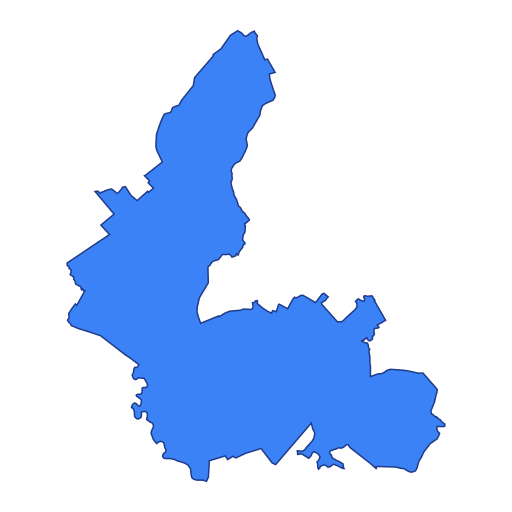 the district of Sebis, Arad, Romania
{"feature_id": "2599482B59578062471496", "entity_name": "Sebis", "entity_type": "district", "adm_level": 2, "iso_a3": "ROU", "parent_name": "Romania", "parent_adm1": "Arad", "projection": "albers", "projection_center": [22.139, 46.413], "detail": "fine", "context": "isolated", "style": "filled", "palette": "blue", "viewbox_px": 512, "rotation_deg": 0, "n_neighbors": 0, "source": "geoboundaries", "source_scale": "gbopen_adm2", "svg_char_len": 6068}
<svg xmlns="http://www.w3.org/2000/svg" viewBox="0 0 512 512"><path d="M328.9,467.1L331.1,466.1L333.0,464.3L334.3,464.5L338.8,466.3L340.3,467.4L341.9,467.7L342.4,468.4L344.0,468.5L343.4,467.6L343.5,466.4L343.2,465.8L343.0,463.9L338.6,461.2L336.4,460.4L334.6,459.1L333.0,458.7L331.6,456.3L331.5,455.0L330.4,454.5L329.8,453.1L329.8,451.7L330.5,450.9L331.3,450.4L332.7,450.2L333.8,449.4L335.7,449.2L338.7,447.7L340.4,448.1L342.1,448.0L344.4,446.6L346.6,444.7L348.3,444.8L349.8,447.4L369.8,463.0L376.7,469.0L375.6,466.9L377.7,466.5L395.3,467.0L401.8,468.5L403.8,468.5L407.8,471.0L410.1,472.0L411.5,472.1L413.1,471.8L415.4,470.9L416.8,468.5L418.9,461.2L421.3,457.4L423.8,452.0L430.1,443.8L437.1,438.8L438.4,436.5L439.6,433.4L437.4,431.0L437.0,429.4L436.9,426.4L443.7,426.6L444.8,426.0L444.9,424.2L441.3,421.4L440.5,419.9L438.7,419.0L437.7,417.7L436.8,417.3L436.3,416.7L435.1,416.6L432.8,414.5L431.8,414.2L430.8,411.2L434.5,402.0L435.9,395.5L436.9,392.5L437.3,389.5L423.0,373.1L418.5,373.2L408.6,371.0L403.0,370.2L390.5,369.3L386.7,370.4L384.4,372.3L381.2,373.7L378.0,373.9L370.4,376.6L370.5,366.2L369.9,363.6L369.9,357.0L368.9,351.1L369.8,349.5L368.5,347.7L368.3,345.6L367.9,344.1L367.2,343.0L364.9,342.7L361.8,341.3L362.2,340.3L363.8,340.3L364.6,339.0L365.3,338.9L366.2,337.8L367.0,337.8L367.3,339.2L369.1,340.8L370.0,340.9L371.8,339.7L372.6,338.6L372.3,336.8L374.1,334.9L374.4,333.1L374.0,332.2L374.0,329.2L375.4,328.3L377.9,328.1L379.0,327.2L377.2,325.1L385.6,320.3L374.2,300.4L374.8,300.1L371.9,295.8L367.2,296.3L365.8,295.8L364.5,295.8L363.8,296.2L363.7,296.7L364.4,298.6L364.8,299.0L364.0,301.2L361.9,300.8L360.3,300.1L358.8,299.1L357.8,299.0L355.5,301.4L356.5,302.7L356.9,304.0L357.0,305.9L357.0,306.7L355.2,309.5L346.5,317.4L343.7,320.2L341.7,321.7L339.0,321.7L337.6,322.0L321.8,304.3L321.4,302.8L325.2,300.6L327.0,298.1L328.2,296.9L324.0,293.3L322.2,293.9L315.6,302.6L303.0,295.3L300.8,295.4L298.4,296.9L295.8,297.9L294.6,297.2L292.9,299.0L287.7,308.7L279.2,304.2L278.6,304.4L276.3,311.8L273.6,310.7L272.7,310.7L271.4,313.1L267.6,311.3L263.0,308.3L257.3,303.5L257.4,300.6L255.5,300.8L254.2,302.5L252.5,302.7L253.2,307.1L252.0,309.0L250.7,309.5L243.5,309.0L240.7,310.2L229.6,311.2L224.8,313.2L219.1,316.8L218.7,315.9L200.6,323.3L198.4,317.0L197.0,311.8L197.2,307.3L199.3,298.2L200.1,296.5L208.3,282.9L207.9,266.9L209.6,265.6L212.2,261.8L214.8,260.6L218.0,259.8L219.4,258.5L222.1,254.8L223.3,254.4L225.4,254.6L229.4,254.2L230.8,255.5L232.0,257.1L234.9,256.2L236.0,255.4L236.2,253.9L237.5,254.2L238.1,255.1L238.5,254.5L238.6,253.2L239.7,251.2L242.6,247.4L242.9,246.1L243.5,244.4L244.8,244.1L244.9,242.8L243.5,241.3L242.6,239.7L243.2,234.9L244.9,232.3L245.4,225.7L244.5,224.1L244.6,223.6L246.1,223.0L249.3,220.1L249.1,219.0L246.8,216.5L244.7,213.2L242.2,211.1L240.4,207.5L238.5,206.0L236.6,199.6L234.0,195.2L233.6,192.0L232.2,188.2L230.9,182.8L232.2,179.2L231.9,174.4L232.1,173.6L231.1,170.7L231.7,168.4L233.9,164.9L235.7,163.2L239.8,161.1L241.7,158.5L245.7,150.3L247.0,146.9L247.3,145.1L246.2,139.2L246.8,135.8L247.7,133.3L248.5,132.0L252.4,128.1L259.9,115.1L260.4,111.1L262.4,105.6L265.8,103.4L273.2,100.1L274.9,97.0L275.2,94.8L273.8,91.2L270.0,79.3L269.3,74.0L275.1,72.4L267.5,59.1L264.8,59.8L257.8,44.0L256.7,38.4L257.4,35.8L254.8,32.5L254.4,31.2L251.5,32.3L246.7,36.0L244.4,36.1L241.5,32.9L237.7,30.7L230.5,35.2L221.0,48.8L213.4,54.3L212.7,56.6L194.6,77.6L193.3,85.6L181.7,100.1L178.7,105.5L175.9,106.1L172.6,107.6L171.0,111.9L169.0,112.9L165.8,113.5L164.2,114.4L161.8,119.3L159.7,124.7L156.5,134.2L156.1,141.0L155.9,146.5L156.7,150.1L162.3,162.0L145.8,175.0L144.5,175.7L149.7,181.0L148.1,182.7L153.5,188.3L148.3,192.4L147.6,191.3L137.1,200.6L131.0,195.4L125.4,186.7L122.5,187.2L121.5,189.1L120.7,190.1L118.0,193.0L117.3,193.4L111.9,189.2L111.4,189.0L108.8,189.5L105.2,190.7L102.5,192.1L102.1,192.0L101.2,192.3L101.0,193.0L100.6,193.2L99.4,192.8L99.0,192.0L97.7,191.1L95.1,191.5L114.1,214.1L100.9,225.1L109.5,234.5L67.1,263.0L67.2,265.5L69.1,267.0L69.2,268.7L70.5,269.2L71.2,270.6L70.7,273.2L70.2,274.6L71.0,275.3L72.0,275.7L73.7,277.2L73.9,278.2L73.6,279.1L75.1,281.2L75.5,283.7L76.2,284.4L80.7,286.7L81.0,287.5L81.1,289.0L81.6,289.7L82.4,288.9L83.2,289.5L83.1,290.3L83.8,290.9L84.8,290.9L76.8,305.3L75.3,304.0L71.8,308.7L68.7,313.5L69.1,317.6L67.5,320.3L68.6,322.0L70.5,323.7L71.2,325.5L78.8,328.7L91.4,332.6L100.7,335.8L125.0,354.6L130.0,357.9L138.7,364.5L138.5,365.5L137.0,367.5L134.8,367.3L133.8,369.3L133.7,371.7L132.2,375.3L132.9,377.1L133.7,378.8L135.5,379.6L136.9,379.1L138.4,377.7L144.3,378.5L147.2,383.6L147.5,385.2L147.2,386.3L146.4,387.3L145.2,387.7L144.4,387.4L142.6,387.7L142.1,388.4L142.1,392.0L141.5,393.6L140.3,394.2L137.3,394.4L136.2,395.2L136.7,396.2L141.0,399.4L141.4,401.1L141.0,404.1L139.9,406.0L139.4,406.2L138.5,405.9L137.2,404.7L136.9,404.1L135.0,403.0L134.1,403.1L133.3,403.8L132.2,405.1L132.1,405.9L131.5,406.9L131.6,407.7L132.6,407.9L133.9,410.0L134.4,412.3L134.5,415.7L134.9,416.9L136.7,418.7L138.6,418.9L140.5,417.7L141.3,416.6L141.5,414.0L141.4,412.0L144.4,411.4L145.5,411.6L146.9,412.5L147.3,414.2L147.4,416.2L147.3,417.1L146.8,417.6L146.7,419.5L149.5,421.7L152.3,423.1L153.0,424.1L153.3,425.1L153.4,426.9L151.6,430.7L151.1,432.9L152.0,435.9L153.4,439.5L156.6,443.6L158.1,442.4L160.1,441.3L162.4,441.8L163.8,442.8L164.8,447.4L166.1,450.4L165.5,452.2L164.0,453.1L162.8,455.0L162.7,456.7L163.5,457.8L164.5,458.5L170.3,458.6L174.4,459.4L176.6,460.6L185.0,463.2L188.2,465.3L190.6,469.0L191.0,473.6L191.5,476.5L192.2,478.2L194.2,479.4L196.8,480.1L203.0,480.1L206.5,481.3L208.4,477.1L209.2,463.7L209.2,460.8L225.2,455.9L227.7,459.5L233.0,456.3L235.9,457.9L245.6,453.3L261.1,448.5L272.1,462.9L275.6,464.6L311.3,423.1L312.7,428.8L314.4,431.9L314.7,434.1L313.9,438.0L312.5,440.7L306.6,447.2L304.7,449.8L302.6,451.2L297.3,450.8L297.7,454.4L301.5,453.8L308.8,458.3L311.1,455.7L312.3,452.9L313.9,451.6L317.5,453.4L319.1,455.2L320.0,456.7L318.9,460.0L317.0,461.8L317.6,464.0L317.8,467.5L318.5,469.2L319.7,468.2L320.3,466.4L322.4,465.4L324.8,465.0L326.5,465.9L327.8,467.1L328.9,467.1Z" fill="#3b82f6" stroke="#1e3a8a" stroke-width="1.5"/></svg>